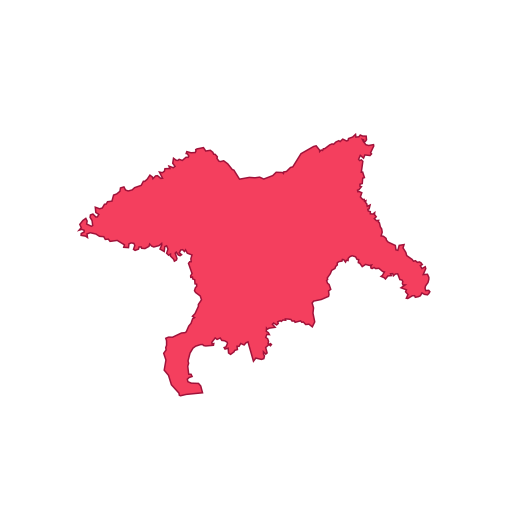 outline of Júlio de Castilhos, Rio Grande do Sul, Brazil, rotated 30°
{"feature_id": "56859067B79484358238114", "entity_name": "Júlio de Castilhos", "entity_type": "district", "adm_level": 2, "iso_a3": "BRA", "parent_name": "Brazil", "parent_adm1": "Rio Grande do Sul", "projection": "orthographic", "projection_center": [-53.633, -29.282], "detail": "fine", "context": "isolated", "style": "filled", "palette": "rose", "viewbox_px": 512, "rotation_deg": 30, "n_neighbors": 0, "source": "geoboundaries", "source_scale": "gbopen_adm2", "svg_char_len": 6129}
<svg xmlns="http://www.w3.org/2000/svg" viewBox="0 0 512 512"><g transform="rotate(30 256 256)"><path d="M292.3,103.4L293.4,102.2L293.6,100.1L291.5,97.1L288.4,98.8L285.8,99.1L285.5,101.3L283.1,103.1L281.4,100.9L280.2,104.7L277.4,108.0L277.9,110.0L276.9,111.1L272.7,111.4L271.6,114.9L270.1,114.7L268.2,117.3L267.3,120.5L265.8,120.9L264.3,122.9L261.9,128.6L260.7,129.5L260.9,131.3L259.5,131.6L258.9,133.7L258.1,132.5L253.0,130.5L251.1,132.4L243.8,144.9L243.3,160.4L241.6,162.1L240.1,167.6L238.0,169.3L238.5,170.8L237.1,170.5L231.6,173.4L230.3,178.0L224.2,185.5L219.7,185.9L216.0,188.8L211.0,191.2L203.3,197.7L193.9,192.7L192.2,193.0L185.4,190.3L180.4,189.7L178.0,192.0L176.4,192.4L173.4,191.0L172.9,189.4L169.8,188.4L168.4,189.0L166.8,187.8L163.6,187.3L160.0,190.2L156.3,188.4L151.4,192.7L150.6,194.0L151.5,195.1L151.6,196.8L148.1,199.1L143.9,200.2L144.3,202.2L145.5,201.8L147.8,203.0L147.9,204.5L146.0,205.5L144.4,210.1L141.1,210.7L140.6,212.3L139.0,213.0L135.7,212.6L137.5,217.3L141.1,218.9L140.2,220.9L135.7,221.7L137.7,223.3L133.5,225.9L134.3,228.4L133.2,230.7L130.4,231.6L136.2,235.4L134.8,236.4L130.5,235.7L129.0,236.9L128.1,240.6L126.8,239.4L123.7,239.0L123.4,243.9L122.3,247.0L121.1,247.6L121.3,252.2L116.7,257.5L115.7,260.7L112.8,263.6L110.0,264.1L107.1,262.2L104.6,264.8L105.8,268.0L104.3,272.0L102.2,274.4L103.8,280.5L100.3,283.2L100.3,285.9L98.9,287.0L98.9,291.3L96.9,293.3L92.4,294.1L95.5,298.4L99.1,298.6L99.1,301.4L97.8,302.3L93.8,301.2L92.1,303.2L93.0,305.5L96.3,307.3L99.3,311.2L98.6,312.6L93.3,313.0L92.3,310.2L89.8,308.5L88.3,311.8L87.6,316.7L90.5,318.9L89.9,322.1L91.9,320.0L94.3,319.7L95.2,321.1L93.4,323.9L94.2,325.6L98.5,324.0L100.8,324.2L98.6,321.4L100.8,318.7L106.4,317.0L110.6,317.2L114.5,315.4L117.2,317.0L119.7,315.2L122.3,316.3L128.0,311.9L136.5,312.1L137.1,314.6L141.4,312.5L139.9,309.0L141.3,307.1L143.9,306.1L145.8,307.5L146.6,311.5L148.5,311.6L150.8,308.8L150.2,306.7L152.0,305.6L153.1,306.5L156.1,305.1L158.5,301.2L157.9,298.8L160.6,299.6L163.0,299.3L166.9,295.4L168.0,292.3L168.8,293.4L169.4,298.0L174.3,298.0L172.3,293.4L173.5,291.9L176.3,294.0L177.2,298.3L179.9,299.0L181.0,297.1L181.9,298.8L186.3,300.0L187.9,301.3L189.1,299.3L188.8,297.7L184.6,293.9L185.0,292.5L188.2,294.0L190.1,293.7L190.9,292.1L187.9,291.5L187.8,288.4L189.3,287.2L191.8,287.9L191.9,285.9L195.1,287.9L200.0,287.1L201.0,291.0L202.7,293.3L201.5,294.1L201.2,296.1L209.4,303.2L209.3,305.9L210.2,307.1L211.5,306.0L212.6,307.5L214.8,307.2L217.1,310.6L218.7,310.1L219.8,311.9L219.4,313.9L220.1,316.8L221.9,317.8L227.7,318.5L230.7,321.2L230.3,326.8L231.3,328.4L232.0,336.4L231.1,340.0L233.6,340.1L232.5,342.1L233.4,346.8L232.8,350.3L233.5,356.5L232.8,357.9L229.9,360.0L224.3,368.1L220.8,370.0L219.0,372.4L220.9,374.1L223.2,378.0L223.6,380.4L225.1,382.3L224.7,386.4L230.0,391.1L233.6,400.8L239.9,403.1L247.1,409.8L257.9,413.3L259.2,414.9L260.5,414.8L264.7,410.8L278.1,401.2L273.1,396.2L269.9,395.1L263.5,398.5L259.8,398.9L258.1,397.0L258.8,394.7L260.9,392.3L258.9,390.9L256.8,392.0L252.0,385.6L251.3,382.6L249.6,380.9L247.4,373.1L247.5,367.3L248.8,364.3L252.2,360.5L253.9,359.4L255.6,359.7L257.5,359.0L263.8,354.6L263.2,352.9L261.9,354.0L260.9,352.9L261.6,347.4L264.0,347.7L266.0,344.9L268.6,346.2L271.2,345.1L274.2,345.1L275.1,346.2L275.4,349.8L274.2,351.2L275.7,352.1L278.0,349.8L280.7,353.7L283.2,353.9L284.9,349.9L284.7,348.5L286.7,346.3L284.7,343.7L286.5,342.7L286.5,339.4L290.2,339.0L290.8,336.0L292.0,334.4L306.4,348.4L306.9,344.5L312.5,342.8L314.1,341.0L313.3,338.3L311.5,337.2L310.3,335.2L313.5,336.1L314.1,334.4L310.1,330.4L311.5,326.2L310.3,325.9L309.5,323.6L307.5,321.9L305.1,321.6L304.6,318.5L306.9,317.4L305.0,316.2L302.6,316.1L301.2,313.3L302.4,313.8L303.5,311.9L308.2,308.2L304.3,306.9L304.8,305.2L308.3,305.4L309.0,303.3L307.7,302.1L309.3,299.9L310.6,300.0L311.3,298.0L313.8,296.8L312.9,295.8L315.7,294.4L318.0,293.5L319.7,294.3L321.8,293.1L323.0,293.9L327.0,289.9L328.8,290.5L330.1,289.5L333.3,290.5L335.9,288.6L340.2,289.2L339.8,283.7L333.9,277.0L331.8,272.2L328.1,268.6L328.5,266.2L334.3,261.0L339.0,254.7L338.5,252.9L336.3,250.0L337.4,247.5L333.5,244.1L331.7,243.9L329.4,242.0L329.8,240.5L328.7,239.4L329.2,234.2L328.7,230.6L330.6,227.3L330.2,225.2L330.9,223.1L329.8,221.4L330.5,219.5L333.0,217.4L332.5,215.8L333.8,215.3L336.6,216.5L336.4,214.5L338.0,213.9L337.0,211.9L337.6,209.7L339.1,207.7L342.7,206.9L345.1,208.4L346.7,207.8L347.9,210.6L349.6,210.4L353.3,212.1L355.1,208.5L359.1,207.4L360.6,206.0L360.6,207.6L361.5,208.9L362.8,208.8L364.0,206.9L365.9,207.1L368.6,205.2L373.4,206.1L375.2,205.6L375.2,209.6L374.5,211.1L377.9,210.7L379.6,211.2L380.2,207.3L383.0,205.3L381.4,204.1L383.2,202.9L384.9,204.4L385.7,201.9L387.6,200.6L392.4,204.5L394.3,203.8L395.9,204.7L396.4,206.5L397.7,207.5L399.6,206.5L397.5,211.0L403.2,210.1L403.4,212.2L406.9,213.4L407.3,217.4L408.7,216.9L411.3,212.2L413.2,211.1L414.6,212.1L416.9,210.1L418.2,208.3L418.2,205.0L421.0,205.0L423.9,203.9L424.4,201.9L424.4,200.0L422.7,199.4L420.3,201.1L418.5,199.4L417.8,197.2L418.2,193.0L417.3,189.7L416.4,188.1L413.6,186.1L410.1,188.5L409.3,182.0L407.9,180.7L406.0,183.9L403.1,182.2L404.3,180.3L402.3,179.4L400.5,179.4L399.0,180.8L396.4,180.4L395.0,181.8L392.9,180.9L386.3,180.3L384.0,178.0L379.3,175.5L378.5,172.1L374.7,175.2L376.0,180.2L374.1,180.7L371.4,177.2L363.5,177.9L361.1,177.1L359.8,175.7L356.6,175.2L354.3,176.0L353.4,172.3L351.3,169.7L349.1,168.6L346.3,165.6L344.9,165.3L344.4,163.8L342.6,165.2L339.8,164.5L340.5,161.9L337.8,160.8L337.1,159.1L336.3,161.2L333.9,162.3L332.8,160.4L330.7,160.9L329.5,159.7L330.4,158.6L329.3,154.8L327.5,157.4L325.9,155.5L324.1,154.9L323.5,153.1L322.5,154.3L321.4,152.9L320.2,153.7L316.9,152.7L316.0,148.3L313.1,148.6L312.1,149.4L311.0,148.3L312.0,147.0L312.6,143.3L311.1,143.6L310.1,141.9L311.8,140.1L309.5,135.3L310.7,133.9L306.4,130.0L305.3,130.8L301.2,120.6L299.1,120.1L298.1,121.5L296.5,121.0L296.0,116.7L300.2,117.5L299.8,114.0L304.5,112.0L305.0,109.8L303.6,109.3L303.0,101.9L302.1,100.8L298.3,104.0L295.5,104.7L292.3,103.4ZM292.3,103.4L289.8,101.9L291.1,101.6L292.3,103.4ZM311.5,326.2L313.4,326.5L313.6,324.9L312.2,324.7L311.5,326.2Z" fill="#f43f5e" stroke="#9f1239" stroke-width="1.5"/></g></svg>